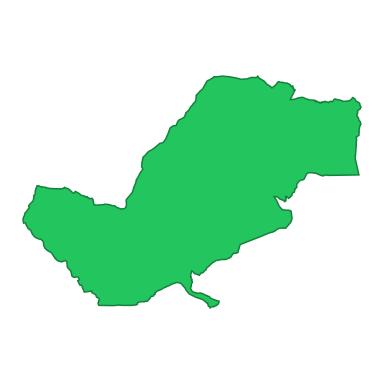 outline of Homorod, Brasov, Romania
{"feature_id": "2599482B44923820513317", "entity_name": "Homorod", "entity_type": "district", "adm_level": 2, "iso_a3": "ROU", "parent_name": "Romania", "parent_adm1": "Brasov", "projection": "natural_earth1", "projection_center": [25.353, 46.075], "detail": "fine", "context": "isolated", "style": "filled", "palette": "green", "viewbox_px": 384, "rotation_deg": 0, "n_neighbors": 0, "source": "geoboundaries", "source_scale": "gbopen_adm2", "svg_char_len": 5956}
<svg xmlns="http://www.w3.org/2000/svg" viewBox="0 0 384 384"><path d="M219.2,301.3L211.9,298.9L210.3,297.8L209.1,296.4L207.4,296.1L207.1,295.5L205.7,295.3L202.7,293.6L201.5,293.5L200.5,292.9L197.8,293.3L192.9,291.9L191.8,290.9L191.1,289.3L190.2,288.2L191.3,286.5L191.3,283.9L192.4,282.6L192.4,282.3L192.2,281.5L191.6,281.1L191.8,280.8L191.6,280.4L192.0,280.1L192.0,279.4L191.8,279.0L190.8,277.8L191.0,277.3L190.7,277.0L191.1,276.6L190.5,275.8L191.8,270.8L193.0,271.8L194.4,273.5L195.2,273.9L196.2,274.0L199.4,275.3L200.4,273.8L201.1,273.0L202.2,273.0L203.3,272.4L204.8,270.6L205.6,270.2L206.2,269.4L207.0,267.4L209.0,266.2L210.7,264.3L212.5,262.8L215.9,260.6L222.5,259.4L223.6,259.6L225.4,259.5L227.7,258.7L228.7,258.1L229.5,258.0L230.6,257.3L231.6,256.1L232.1,254.8L233.9,253.0L234.9,253.3L236.9,253.0L237.9,252.5L238.3,251.8L238.2,250.5L238.9,249.1L239.9,245.1L241.5,244.0L259.2,237.1L269.0,233.0L272.5,232.1L274.8,231.1L277.1,229.3L278.4,228.6L280.7,228.1L285.7,228.2L290.4,222.7L291.2,221.2L291.7,219.7L292.0,218.4L291.2,211.4L289.9,210.4L282.9,209.9L282.2,209.5L279.3,206.4L276.5,200.3L274.1,196.6L276.8,196.7L278.8,197.9L279.8,199.0L283.2,200.3L284.7,201.5L284.8,201.0L285.4,201.0L285.3,200.3L285.9,200.4L285.9,198.6L286.5,197.7L286.0,197.5L286.0,197.0L285.3,195.8L288.0,197.5L288.5,198.3L290.5,197.0L290.9,196.3L292.0,195.4L292.0,194.3L292.6,193.1L294.5,191.9L294.7,189.6L295.3,189.1L295.4,188.3L296.5,187.8L296.9,186.9L296.6,185.3L296.9,184.2L297.5,183.1L298.2,182.6L298.9,181.3L299.4,180.9L301.4,180.0L302.8,179.9L304.1,179.1L306.6,174.0L307.6,173.3L308.9,172.7L309.8,172.6L314.0,173.0L316.6,173.5L320.9,175.4L323.2,175.9L325.4,175.0L329.3,175.4L358.9,174.9L355.2,158.4L356.3,144.6L356.2,142.4L356.6,140.4L356.2,137.0L356.8,136.9L359.0,135.2L359.0,132.7L359.3,131.3L358.9,130.3L359.6,127.6L359.6,126.7L360.9,124.1L360.2,121.6L358.9,120.1L358.4,117.7L357.4,116.8L357.0,116.0L357.1,114.3L357.7,113.1L357.4,111.4L358.5,110.0L360.2,108.9L361.0,107.1L360.0,105.4L359.8,103.7L359.4,103.0L357.4,101.7L355.9,101.2L355.4,99.8L354.9,99.1L353.0,97.5L352.4,97.7L351.8,98.9L350.1,100.4L348.2,101.0L343.5,101.4L341.3,100.5L338.8,99.8L337.8,99.8L335.1,99.0L334.5,99.1L333.9,99.5L333.5,100.6L332.0,101.8L331.6,101.7L331.4,101.3L330.8,101.3L329.8,101.6L329.5,102.0L328.8,102.1L328.5,102.5L328.2,102.2L327.6,102.3L326.8,101.8L325.5,101.8L325.0,101.3L324.3,102.1L323.5,101.8L322.8,101.8L322.3,102.4L322.1,102.3L322.1,102.0L321.6,102.1L321.2,102.8L320.3,103.2L319.8,102.9L320.0,102.5L319.9,102.3L318.0,102.1L317.7,101.8L317.2,102.1L316.6,101.8L316.6,101.2L315.6,101.5L315.6,100.9L315.3,101.0L315.2,100.8L314.5,100.5L314.5,100.2L309.6,100.0L307.9,99.3L306.5,99.1L303.7,97.7L302.2,97.3L298.6,97.8L294.8,99.2L290.2,99.7L295.1,90.0L294.0,89.9L294.1,89.1L293.1,88.7L293.4,87.8L292.8,87.2L292.9,86.2L292.7,86.0L292.4,86.0L292.0,86.6L291.2,86.6L291.0,85.9L290.1,85.2L290.1,84.6L286.9,83.0L285.5,83.3L284.1,82.6L282.0,82.3L280.6,82.4L278.9,81.6L277.9,82.0L275.7,85.0L271.9,88.0L270.7,86.6L266.9,84.2L266.4,83.5L265.6,82.9L264.8,81.8L263.8,80.9L258.9,78.0L257.7,76.2L256.7,77.5L251.0,77.5L248.1,78.6L245.9,79.0L243.1,79.1L241.7,79.4L235.1,77.8L228.5,76.6L222.3,76.1L216.1,76.9L214.1,76.6L213.2,77.5L209.9,79.7L208.1,80.4L207.0,81.1L202.6,88.9L199.9,91.3L197.8,93.8L197.0,94.4L196.2,95.3L196.0,99.6L195.1,102.0L193.4,103.3L193.1,104.2L190.4,107.2L189.0,110.0L185.9,112.8L184.6,116.8L182.3,118.4L179.1,119.9L178.3,120.7L177.2,122.6L176.5,125.2L172.9,126.0L171.1,127.1L170.0,128.2L167.7,134.7L166.8,136.2L165.9,138.7L163.4,142.3L161.0,143.3L159.9,143.3L154.5,147.9L151.3,150.2L149.9,150.7L147.9,152.1L145.3,155.2L143.2,157.0L142.7,158.5L142.3,161.5L141.9,162.2L141.9,164.0L141.6,166.8L142.8,169.1L142.2,170.3L141.5,171.0L140.0,173.1L138.4,176.6L136.2,180.0L135.9,182.3L133.8,187.5L132.5,191.9L131.8,193.0L126.3,199.6L126.1,200.8L126.4,203.2L126.4,205.2L125.9,206.9L125.4,207.8L124.9,208.2L123.4,208.9L120.3,208.9L118.3,207.9L116.8,207.5L115.2,206.0L111.7,205.5L111.0,205.1L109.9,205.1L109.5,204.7L108.4,204.5L105.3,204.2L102.0,204.8L96.6,205.1L93.9,204.7L93.5,202.1L93.0,201.3L93.3,200.1L91.9,198.2L91.1,198.6L89.1,198.6L88.9,197.9L87.7,197.7L87.3,196.8L85.3,197.0L84.9,196.1L81.3,195.3L78.6,193.1L75.3,191.4L73.9,193.3L73.1,193.1L70.3,190.4L68.1,188.7L65.9,188.1L64.5,187.3L63.5,188.4L60.7,188.9L50.1,188.5L47.2,188.0L45.3,187.2L44.0,187.3L43.1,187.0L40.2,186.6L39.2,186.0L37.1,185.7L35.3,190.5L35.2,194.1L33.8,195.5L33.7,196.5L33.9,197.1L33.2,200.4L33.0,201.0L29.5,204.5L28.8,205.5L28.6,206.3L29.2,206.9L29.4,207.4L26.5,211.5L25.0,213.0L24.7,214.7L23.1,218.4L23.0,219.7L23.6,223.1L25.4,222.8L26.3,225.2L28.0,228.2L28.5,229.0L30.6,230.2L32.2,233.8L33.8,235.9L35.3,237.4L38.6,238.9L40.9,239.4L42.3,240.5L43.4,241.9L43.7,245.4L44.9,248.2L47.7,250.7L51.5,252.7L53.7,256.4L55.4,258.2L55.0,258.2L55.1,258.5L57.6,260.6L59.6,261.5L60.6,261.4L62.0,261.9L63.0,261.2L64.2,261.1L65.5,260.4L66.8,261.6L67.3,266.9L68.3,268.5L70.7,270.9L71.2,272.4L71.9,276.0L73.6,277.2L74.5,277.4L76.9,276.8L78.0,277.0L78.7,278.1L79.4,279.8L77.7,280.7L79.9,285.1L81.6,285.3L84.3,292.1L91.9,291.1L91.7,292.0L92.1,292.8L95.2,294.4L95.8,295.1L96.6,297.2L98.0,297.8L99.4,299.1L99.4,300.1L98.7,300.6L98.6,301.5L98.1,302.8L98.2,304.0L98.9,305.4L113.1,305.6L116.3,305.4L117.0,305.1L119.9,305.1L122.2,305.4L131.1,305.4L136.1,304.9L137.4,304.3L137.2,303.3L138.2,302.5L140.0,301.8L143.1,301.8L144.3,301.4L144.6,301.7L145.6,301.3L147.0,301.3L147.4,301.1L149.9,298.5L151.2,296.4L153.2,296.1L153.9,295.3L153.9,294.8L155.2,294.0L154.9,293.3L155.2,292.9L157.4,290.9L161.1,289.6L163.9,287.8L166.2,286.9L167.2,286.2L169.3,285.6L171.8,284.2L175.8,282.7L177.4,282.5L179.2,282.8L181.5,283.8L182.1,284.7L185.2,288.3L185.9,289.4L186.2,290.3L189.2,293.9L195.9,297.3L202.6,299.5L206.3,302.4L206.8,303.0L207.5,303.1L207.3,303.6L208.0,304.3L208.3,306.1L208.6,306.4L209.4,306.5L210.1,307.9L211.4,306.9L212.9,306.6L213.8,306.8L214.3,306.3L216.6,305.4L218.4,303.8L219.2,301.3Z" fill="#22c55e" stroke="#15803d" stroke-width="1.5"/></svg>